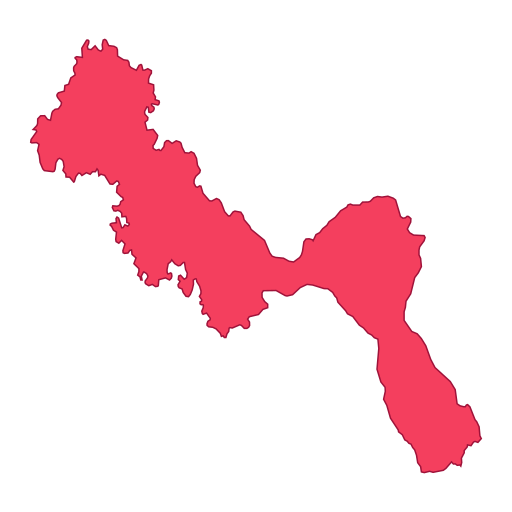 La Llanada, Nariño, Colombia
{"feature_id": "7082276B57596135767585", "entity_name": "La Llanada", "entity_type": "district", "adm_level": 2, "iso_a3": "COL", "parent_name": "Colombia", "parent_adm1": "Nariño", "projection": "equal_earth", "projection_center": [-77.729, 1.548], "detail": "fine", "context": "isolated", "style": "filled", "palette": "rose", "viewbox_px": 512, "rotation_deg": 0, "n_neighbors": 0, "source": "geoboundaries", "source_scale": "gbopen_adm2", "svg_char_len": 5987}
<svg xmlns="http://www.w3.org/2000/svg" viewBox="0 0 512 512"><path d="M481.3,438.6L479.9,435.8L479.1,426.8L476.7,421.7L475.0,419.7L469.9,406.8L467.6,404.6L466.4,405.0L465.3,406.7L463.6,406.7L460.0,405.8L457.1,403.8L455.2,389.6L450.3,381.6L435.0,367.6L430.7,359.4L425.8,345.8L421.3,338.5L417.2,333.8L411.8,331.5L404.1,320.4L404.1,311.8L405.4,307.3L406.0,301.2L410.7,293.8L414.7,277.6L418.3,272.8L421.4,266.6L420.6,258.4L419.0,254.9L419.0,250.0L419.7,246.8L424.1,240.8L425.1,237.5L424.1,235.6L413.6,235.1L409.6,232.7L407.3,229.0L410.7,222.1L410.9,218.6L408.5,216.5L407.1,216.3L405.4,217.8L402.9,218.2L400.5,216.5L395.6,200.0L393.3,198.2L387.9,196.2L382.0,197.1L377.5,196.5L373.7,197.8L370.3,201.3L368.3,202.0L362.6,202.1L359.8,205.1L352.9,205.1L350.4,204.1L348.0,204.9L346.8,207.1L340.6,210.8L335.3,217.3L329.1,221.7L326.9,225.3L322.7,228.7L319.7,232.6L316.0,234.6L313.1,240.8L312.3,239.7L309.2,238.8L306.0,239.0L303.9,241.8L302.5,251.4L301.4,254.9L299.7,257.5L293.6,262.0L288.9,261.2L283.5,258.2L275.5,257.4L272.1,256.2L269.8,253.0L264.5,240.4L251.1,229.4L249.6,226.2L244.1,219.7L243.1,215.7L240.8,212.2L234.9,211.1L233.1,211.9L230.0,215.9L228.3,215.9L224.6,211.7L221.3,202.9L219.1,199.7L216.5,198.5L211.8,201.0L209.5,200.8L203.0,193.3L200.9,186.2L199.6,185.9L197.3,187.3L195.7,186.6L194.0,183.2L194.2,179.6L195.8,176.3L199.7,172.6L200.3,170.2L197.5,165.3L196.5,158.3L194.0,153.3L191.1,151.7L189.0,153.1L184.8,152.7L182.1,147.3L181.0,143.2L179.8,142.0L176.2,140.8L172.1,143.4L168.4,140.6L166.5,140.7L164.6,142.6L163.9,146.7L161.0,150.5L159.8,150.4L159.0,149.4L156.1,150.3L153.2,148.4L153.0,145.5L154.2,144.3L157.1,138.3L157.7,135.5L153.1,129.4L147.0,130.2L145.0,122.2L147.6,120.0L147.9,117.5L145.1,114.5L144.6,112.9L144.7,111.2L146.9,106.8L148.3,107.3L148.9,112.2L150.7,112.6L153.4,110.8L154.2,108.9L153.9,107.2L151.7,105.5L151.4,104.2L152.2,103.7L157.9,105.0L158.9,104.1L159.4,102.3L159.0,100.9L155.1,99.6L155.5,96.9L153.2,93.0L153.9,90.1L153.6,84.8L148.5,83.1L148.6,78.9L149.7,75.7L151.4,73.2L151.4,70.7L147.8,68.7L144.4,70.2L142.9,70.1L141.7,65.1L141.0,64.5L139.1,65.3L136.4,70.3L131.0,67.6L129.4,65.8L128.9,62.2L127.7,60.4L123.6,59.8L117.6,56.1L117.4,49.7L116.6,47.7L114.0,46.3L108.7,45.6L106.3,40.4L104.8,39.4L103.2,40.1L102.2,44.7L102.7,49.2L100.9,51.2L98.3,50.0L95.1,45.8L91.2,49.6L88.1,49.2L87.3,46.6L88.7,43.2L88.9,41.0L87.9,40.0L86.6,40.2L81.8,48.2L82.4,57.4L76.7,56.7L75.1,57.5L75.2,58.4L76.7,59.8L77.0,62.0L76.7,63.7L74.1,66.4L73.6,67.9L73.7,70.8L74.9,73.1L75.1,75.0L70.8,77.9L68.6,84.3L64.9,85.5L64.3,91.1L58.4,92.8L57.1,94.4L56.9,95.8L57.7,97.6L61.5,102.5L61.0,105.2L58.4,108.8L55.1,109.3L52.7,111.3L51.9,113.1L50.5,120.3L47.5,119.4L44.7,115.7L40.6,115.8L37.7,118.9L37.6,123.5L36.9,125.5L33.1,129.5L36.1,130.0L36.7,131.6L31.1,139.5L30.7,142.3L31.8,142.9L36.6,142.6L39.0,144.3L37.6,150.7L39.2,155.1L40.1,162.4L42.8,168.9L44.3,170.6L52.9,171.7L54.2,171.2L55.1,169.2L55.9,162.7L57.9,159.2L59.5,158.3L61.7,159.4L63.2,161.3L64.1,166.7L62.9,170.4L65.8,173.9L66.0,177.0L69.6,177.2L73.7,182.1L74.3,181.7L75.9,176.5L78.5,173.1L80.2,173.4L81.9,175.5L86.4,172.7L90.2,174.3L92.5,171.7L95.5,171.7L97.0,168.9L98.1,170.4L98.9,175.8L100.9,174.2L104.7,175.4L110.0,184.0L112.8,184.3L116.7,181.0L118.2,181.4L119.5,184.3L117.1,186.3L116.6,192.2L121.2,196.7L122.7,197.4L123.4,199.8L120.7,201.7L120.1,204.2L119.1,205.5L117.1,206.2L112.8,205.8L112.3,207.5L113.9,210.8L115.8,211.1L117.8,210.3L120.2,211.4L121.7,213.2L121.9,216.8L125.8,216.4L126.6,218.5L126.8,222.5L129.0,223.2L129.3,224.5L127.8,226.1L124.9,224.8L123.1,227.6L121.7,227.8L118.6,218.1L117.0,217.0L116.0,218.6L116.4,222.7L112.0,223.2L110.3,224.0L110.1,225.1L111.6,226.4L113.5,230.2L116.5,232.1L115.7,239.3L116.1,241.6L118.8,243.2L121.6,240.4L125.0,243.9L122.9,250.6L123.1,252.7L124.4,253.4L128.0,253.0L129.8,250.4L131.5,249.9L132.0,254.3L136.0,257.9L133.9,263.7L138.9,268.6L138.9,271.6L137.7,275.1L140.0,276.9L140.8,280.0L142.1,280.0L141.3,276.2L143.5,272.0L144.0,272.0L146.6,273.6L147.9,276.0L147.5,277.9L145.2,281.0L145.1,282.8L145.8,283.9L148.8,285.7L152.3,284.4L155.5,286.6L157.7,286.3L158.3,285.7L158.8,279.7L165.5,277.9L169.5,280.0L171.3,278.2L171.9,276.1L171.5,273.5L170.7,272.9L168.0,274.0L167.2,272.7L167.0,269.8L168.2,263.7L170.7,261.7L171.7,259.8L174.8,263.7L178.2,265.8L180.3,265.4L183.2,262.5L184.5,262.5L185.6,269.5L187.3,273.1L186.6,277.6L184.2,279.2L180.5,275.2L178.7,276.0L178.3,279.6L180.1,281.2L178.0,284.8L178.3,286.6L179.2,287.8L182.1,289.0L183.2,292.5L186.0,296.3L188.5,296.7L190.3,294.5L192.2,289.9L193.5,284.1L193.3,280.0L195.3,278.8L196.3,279.0L196.8,281.6L199.6,286.2L201.0,290.9L200.9,293.7L199.4,296.4L201.7,299.7L201.5,301.2L200.1,301.8L200.0,303.8L201.1,304.7L203.0,304.7L203.4,305.5L203.2,307.8L201.8,311.1L202.3,313.5L203.1,314.3L206.6,313.1L210.3,318.3L210.1,319.8L207.9,321.3L207.0,323.8L207.1,325.4L208.7,326.8L212.8,327.3L216.1,328.9L220.3,333.3L221.4,336.4L223.1,335.8L224.3,337.5L225.9,337.5L227.0,333.8L228.7,331.5L229.1,328.2L229.8,327.6L232.3,328.0L239.8,324.8L241.4,325.4L244.3,328.4L246.9,328.4L248.6,327.3L249.6,325.5L249.5,322.1L247.6,319.1L249.3,316.7L258.5,314.5L262.9,309.4L267.7,307.7L267.7,304.2L264.7,301.6L262.1,297.4L262.0,292.9L263.3,290.7L276.1,290.5L285.2,295.6L287.0,296.0L292.6,294.7L300.2,287.6L307.0,284.4L312.6,285.0L324.1,288.6L327.8,288.7L332.7,292.4L334.8,296.0L336.7,297.9L337.9,302.2L345.7,310.8L347.5,313.8L352.8,316.5L359.3,325.1L363.5,327.9L368.0,333.1L371.7,335.0L374.3,337.7L377.9,339.1L378.8,348.5L377.0,369.2L380.9,382.0L385.1,387.3L385.3,391.4L383.6,399.3L386.8,405.3L390.5,418.2L398.2,429.9L398.6,431.9L402.3,434.7L404.8,439.9L407.2,441.2L408.9,443.3L411.0,444.1L412.7,447.5L414.7,449.9L416.5,455.2L417.7,462.7L420.6,466.6L421.4,471.9L424.3,472.6L429.6,471.3L433.1,472.3L443.3,470.3L445.9,468.4L451.5,461.9L453.4,464.0L455.3,463.9L457.2,465.3L459.9,465.0L460.8,466.1L461.7,462.5L461.4,458.2L464.2,452.8L464.2,450.6L467.3,446.8L467.5,444.9L471.0,445.7L473.5,442.1L475.0,441.4L477.9,442.4L481.3,438.6Z" fill="#f43f5e" stroke="#9f1239" stroke-width="1.5"/></svg>